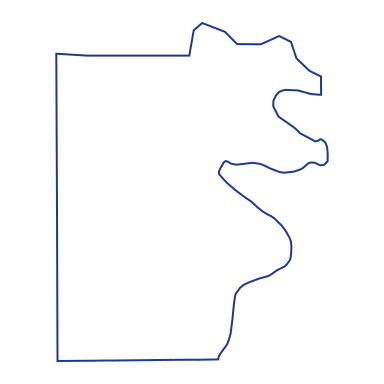 outline of Pemiscot, Missouri, United States of America
{"feature_id": "52423323B55965688418648", "entity_name": "Pemiscot", "entity_type": "district", "adm_level": 2, "iso_a3": "USA", "parent_name": "United States of America", "parent_adm1": "Missouri", "projection": "mercator", "projection_center": [-89.66, 36.213], "detail": "fine", "context": "isolated", "style": "outline", "palette": "blue", "viewbox_px": 384, "rotation_deg": 0, "n_neighbors": 0, "source": "geoboundaries", "source_scale": "gbopen_adm2", "svg_char_len": 1514}
<svg xmlns="http://www.w3.org/2000/svg" viewBox="0 0 384 384"><path d="M56.3,53.7L57.0,210.0L57.5,361.0L94.4,360.7L94.5,360.7L97.5,360.6L110.8,360.5L111.1,360.5L111.4,360.5L115.0,360.5L177.8,359.8L178.0,359.8L198.5,359.7L198.6,359.8L201.4,359.7L218.1,359.4L218.9,356.2L220.2,353.9L227.3,344.1L229.7,337.2L230.6,333.4L232.4,319.5L234.0,303.3L235.2,295.3L235.9,293.6L240.0,287.9L243.7,284.8L249.4,282.2L258.7,278.7L268.1,276.1L270.1,275.1L276.5,270.6L284.9,266.2L286.8,264.4L289.9,260.1L290.5,258.1L291.1,253.5L291.4,246.8L291.0,242.0L289.6,237.8L285.5,230.7L281.6,225.5L274.5,218.5L270.9,216.0L267.3,214.3L262.6,211.4L257.6,207.4L251.2,201.5L245.3,197.6L235.5,190.2L232.0,187.2L227.2,183.1L222.7,178.4L219.6,174.8L219.1,173.9L218.9,172.7L219.1,171.3L220.2,168.5L222.6,164.6L223.4,162.8L225.5,161.1L228.0,161.7L231.2,163.7L236.4,164.7L252.7,162.8L259.3,163.7L262.7,164.8L270.6,168.6L279.0,171.8L281.9,172.5L284.6,172.7L294.1,171.6L300.4,169.4L302.7,168.2L308.3,163.3L310.1,162.6L312.8,162.5L315.6,163.0L318.6,164.7L321.2,165.3L323.2,165.0L324.7,164.2L327.6,161.3L327.7,154.0L327.1,147.1L325.7,143.4L324.6,141.7L321.2,139.3L320.1,139.3L318.4,140.6L315.2,141.4L299.8,133.1L296.0,129.1L292.6,126.4L278.6,116.7L273.8,107.5L273.2,105.7L273.5,100.5L276.0,95.4L279.3,91.9L282.5,90.5L285.7,89.9L297.8,90.4L311.2,94.1L321.1,94.8L321.0,76.5L309.5,70.9L296.4,58.3L291.0,41.9L279.1,36.0L260.8,44.3L237.1,44.1L225.1,31.9L202.2,23.0L193.7,30.3L189.3,55.6L86.7,55.6L56.3,53.7Z" fill="none" stroke="#1e3a8a" stroke-width="2"/></svg>